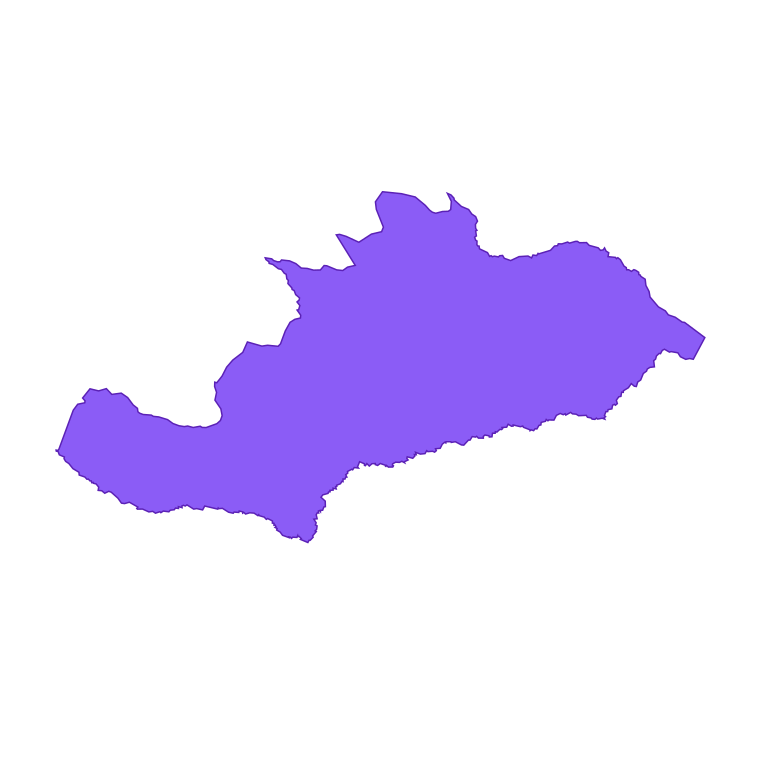 Luwingu, Northern, Zambia, rotated 112°
{"feature_id": "96606910B28047609597150", "entity_name": "Luwingu", "entity_type": "district", "adm_level": 2, "iso_a3": "ZMB", "parent_name": "Zambia", "parent_adm1": "Northern", "projection": "equal_earth", "projection_center": [30.347, -10.552], "detail": "fine", "context": "isolated", "style": "filled", "palette": "violet", "viewbox_px": 768, "rotation_deg": 112, "n_neighbors": 0, "source": "geoboundaries", "source_scale": "gbopen_adm2", "svg_char_len": 6171}
<svg xmlns="http://www.w3.org/2000/svg" viewBox="0 0 768 768"><g transform="rotate(112 384 384)"><path d="M567.8,661.5L568.2,664.1L568.0,662.6L569.0,662.5L568.5,661.1L571.3,658.5L571.4,653.0L573.1,652.7L575.0,650.2L575.8,646.4L579.0,640.7L580.1,633.8L582.6,632.5L582.3,626.5L583.6,623.8L582.9,622.4L584.0,620.4L583.5,619.2L585.0,618.0L584.2,616.8L584.9,616.3L584.5,613.5L586.5,609.9L589.7,609.2L588.7,605.7L589.9,602.0L586.6,599.0L586.5,596.4L589.5,588.0L592.8,582.8L592.1,579.8L589.0,575.8L590.3,566.1L592.1,566.6L592.4,565.7L590.4,561.0L590.7,554.1L588.7,550.7L589.4,547.5L586.4,544.0L586.9,542.7L584.5,541.0L583.1,535.6L581.1,534.9L579.1,531.3L577.2,530.9L576.4,527.9L574.7,528.7L574.3,524.9L572.8,525.7L571.6,524.6L571.6,522.6L569.9,521.4L571.3,513.6L569.7,511.0L568.7,505.0L564.3,504.5L562.3,491.3L561.1,491.3L561.5,490.6L559.8,487.2L561.1,480.1L560.3,475.4L558.9,475.0L557.5,470.5L556.0,470.7L555.5,467.0L556.6,466.6L555.6,465.8L556.4,463.6L553.7,460.2L552.4,456.1L553.3,451.6L552.1,451.2L552.8,450.3L552.3,445.2L553.6,442.4L552.3,441.4L552.8,436.1L554.8,435.4L554.4,433.8L556.2,433.1L555.6,432.1L556.8,430.7L557.8,431.3L558.0,429.0L559.6,428.8L560.2,424.8L562.3,421.4L562.0,414.4L561.4,414.9L561.1,413.2L561.8,411.9L560.2,411.2L558.9,407.3L556.9,407.2L557.8,406.6L557.1,405.7L558.3,402.8L559.4,403.3L559.5,395.2L556.9,394.9L556.6,393.9L552.6,392.3L551.6,393.3L546.2,391.5L546.0,392.8L544.0,392.0L540.6,392.9L540.4,394.8L538.1,394.9L535.6,398.4L534.0,395.5L530.6,397.9L528.5,397.6L528.1,396.2L526.4,397.3L525.4,396.2L526.1,395.1L524.9,395.5L524.0,393.6L520.6,393.7L519.7,392.4L514.6,394.6L512.6,400.0L509.7,399.2L506.4,394.9L505.0,395.0L504.1,393.6L502.9,394.3L501.4,391.4L499.7,392.2L499.2,389.0L497.4,390.4L496.5,389.4L495.6,390.0L492.8,387.0L490.0,386.5L489.9,385.4L487.4,386.4L486.8,384.6L484.7,384.6L484.2,383.6L482.4,385.5L480.2,384.2L478.8,385.1L475.1,381.9L475.3,380.9L472.6,380.3L471.5,376.2L470.7,377.5L465.2,377.5L465.3,372.3L466.8,371.6L466.7,370.6L464.2,370.1L465.6,366.9L462.4,365.3L461.0,362.3L462.0,361.9L461.9,359.4L459.1,357.7L458.8,352.1L459.6,351.9L459.7,351.4L458.6,351.2L459.4,348.8L457.7,344.8L456.7,345.0L456.4,344.0L456.1,345.8L454.8,346.1L452.1,343.9L450.9,340.3L449.0,338.5L449.3,335.5L448.7,336.2L445.4,333.2L444.4,335.0L442.8,335.2L442.1,329.5L439.2,328.4L438.0,329.4L437.5,327.6L435.5,329.2L435.4,324.1L433.2,319.9L429.8,319.4L430.3,318.0L428.2,313.8L428.2,311.5L426.2,310.5L424.7,312.0L422.6,307.8L417.9,307.4L415.3,305.9L415.5,304.6L414.3,304.9L412.5,300.4L413.0,299.8L410.8,296.2L411.5,289.4L410.8,287.1L404.4,284.7L403.8,283.2L399.7,282.5L398.9,279.2L397.8,278.5L398.8,276.2L397.0,271.6L395.4,272.3L393.5,271.3L392.7,267.3L393.7,266.5L392.5,264.1L389.0,265.0L388.0,262.5L386.5,262.9L386.3,261.3L382.7,259.6L382.2,257.9L380.9,257.3L380.1,258.3L378.1,254.1L374.8,253.8L375.4,249.9L374.6,248.5L373.6,248.9L372.5,241.5L371.0,239.6L371.9,238.5L371.8,231.6L372.6,231.1L371.4,230.3L371.2,227.8L368.8,227.1L368.4,225.4L364.3,224.8L363.2,223.2L360.7,223.9L358.1,220.3L356.1,220.3L356.7,218.2L355.6,217.7L353.8,212.9L348.5,212.4L345.3,209.6L345.3,206.3L343.7,204.9L344.7,203.8L340.4,200.3L341.1,198.1L340.0,194.5L340.5,191.7L337.3,184.7L338.6,182.9L337.9,179.4L338.6,177.9L337.8,175.2L336.1,174.3L336.5,172.8L334.0,168.8L333.9,166.1L332.8,167.3L331.3,166.3L330.6,167.8L326.4,167.9L325.8,166.3L323.8,166.6L321.7,163.4L318.0,164.1L316.6,162.8L317.0,161.5L314.8,160.3L312.0,162.5L307.9,161.5L306.7,159.7L302.6,160.6L302.1,159.0L300.6,159.5L295.9,156.0L291.0,154.9L292.3,151.1L291.8,149.1L287.1,149.5L284.1,147.5L277.1,147.5L273.7,145.4L271.5,145.5L269.0,143.7L266.8,139.7L261.3,142.7L259.2,141.5L255.9,141.9L252.6,140.4L252.3,139.0L248.6,138.6L246.7,137.0L247.5,131.3L246.4,129.9L245.0,123.2L247.7,119.4L248.1,113.5L245.9,110.2L245.2,106.5L220.8,103.9L214.3,128.4L214.9,130.7L213.0,139.0L213.4,146.3L210.8,150.5L209.7,158.5L203.7,169.9L198.9,172.9L194.5,178.1L189.0,181.1L188.0,186.3L187.0,187.1L187.1,188.7L185.0,189.7L184.3,193.2L184.4,195.2L186.9,196.8L186.4,199.9L187.2,201.8L185.3,203.0L184.8,205.6L180.2,211.4L179.3,214.5L180.7,215.4L179.9,216.8L182.0,224.0L178.1,224.8L177.6,227.8L175.2,230.5L177.5,231.0L179.0,233.3L177.5,236.4L178.6,245.7L177.0,249.2L179.8,255.7L179.3,258.2L180.1,260.0L183.9,264.8L183.6,266.9L187.5,271.6L188.7,274.9L190.7,274.9L192.2,277.6L197.7,279.7L205.5,289.4L205.2,290.1L207.7,290.6L208.6,294.2L211.8,294.4L211.4,298.4L215.3,306.5L222.1,312.8L222.4,319.5L220.4,322.2L221.7,324.8L223.3,325.5L224.1,329.6L225.4,331.3L224.9,332.8L226.1,333.9L223.4,337.3L222.9,346.1L220.5,347.5L220.9,348.7L220.0,350.1L216.6,351.3L216.3,352.9L214.0,355.0L212.1,353.8L207.7,356.4L206.7,355.4L205.4,357.3L201.8,359.0L198.0,358.3L194.5,361.7L193.5,366.3L190.5,370.9L190.4,378.7L187.0,387.9L185.5,388.7L183.6,392.7L183.5,396.6L189.4,390.0L197.3,387.5L199.8,389.1L202.1,394.3L206.3,400.0L206.6,403.5L205.7,406.9L202.9,412.6L198.9,425.1L201.0,439.1L206.3,457.4L218.3,460.2L225.0,456.5L238.8,443.3L243.7,443.3L249.7,451.8L262.0,460.4L261.3,474.4L261.9,481.2L263.6,484.1L284.8,455.1L289.3,461.6L294.2,464.7L295.9,470.6L295.8,481.3L296.6,483.9L302.1,485.7L304.8,491.9L305.6,498.5L307.5,504.1L305.4,510.8L305.2,517.7L307.4,525.5L309.5,526.1L310.6,528.4L310.9,532.5L310.0,535.0L311.5,541.4L312.9,540.0L313.8,536.5L315.2,535.7L314.8,531.9L316.7,525.1L316.2,522.0L318.7,517.9L318.9,515.8L322.9,513.5L323.8,511.5L326.9,510.7L329.4,505.5L330.8,504.6L331.0,502.3L334.2,499.4L335.8,494.6L337.8,494.1L340.5,495.4L342.8,491.4L347.0,491.0L348.0,492.3L351.4,487.0L354.1,486.2L357.4,490.9L362.0,494.2L371.6,495.4L385.5,495.0L388.7,496.3L391.7,506.5L394.6,511.4L396.2,526.4L407.6,526.8L418.5,533.2L427.3,536.2L437.3,537.1L445.5,539.5L445.7,541.6L449.8,540.1L454.5,536.1L462.3,534.7L468.1,526.0L474.0,522.2L479.1,522.0L483.4,524.1L491.0,532.6L492.4,536.4L492.0,538.6L495.8,544.6L496.5,550.3L498.3,553.2L499.5,558.4L499.7,564.9L498.1,571.3L498.9,580.5L500.4,585.7L500.0,588.1L502.5,595.9L502.6,599.7L501.9,601.8L498.9,603.5L497.4,608.7L492.6,616.6L490.9,624.2L495.6,632.5L492.3,639.7L497.3,646.0L498.6,654.8L509.9,658.2L511.6,654.9L513.5,654.4L517.5,660.4L524.7,662.3L566.1,661.0L567.8,661.5Z" fill="#8b5cf6" stroke="#5b21b6" stroke-width="1.5"/></g></svg>